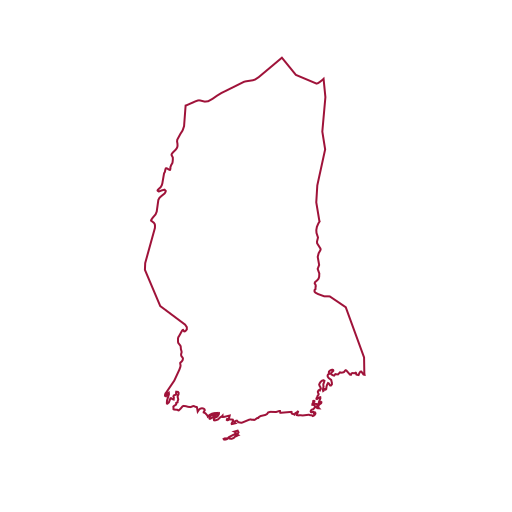 SVG path tracing the border of Västerbotten, rotated 54°
{"feature_id": "SWE-192", "entity_name": "Västerbotten", "entity_type": "County", "adm_level": 1, "iso_a3": "SWE", "parent_name": "Sweden", "parent_adm1": "", "projection": "orthographic", "projection_center": [19.633, 64.883], "detail": "fine", "context": "isolated", "style": "outline", "palette": "rose", "viewbox_px": 512, "rotation_deg": 54, "n_neighbors": 0, "source": "natural_earth", "source_scale": "10m", "svg_char_len": 6136}
<svg xmlns="http://www.w3.org/2000/svg" viewBox="0 0 512 512"><g transform="rotate(54 256 256)"><path d="M92.9,224.5L93.2,223.7L95.3,214.0L96.1,211.4L97.2,209.9L101.0,206.7L102.7,203.7L103.3,198.8L103.4,193.2L103.8,188.2L108.0,163.4L108.6,161.8L112.0,155.2L112.7,153.0L112.9,148.7L110.8,118.5L132.9,117.3L152.1,105.7L152.6,104.3L152.7,102.1L152.6,98.7L152.4,97.2L168.3,106.5L194.3,129.2L210.4,137.4L234.9,164.9L248.0,175.7L264.6,184.0L265.4,184.2L266.3,186.4L268.2,189.6L270.5,192.0L272.9,193.5L277.5,195.0L280.2,198.2L281.7,199.1L287.9,199.5L288.7,199.9L289.2,200.6L290.6,203.7L293.0,206.6L300.4,210.2L302.7,213.7L307.4,215.1L309.9,217.1L311.1,218.7L311.6,220.6L311.9,223.8L312.8,224.7L314.1,224.7L315.5,225.3L315.7,225.7L317.8,227.4L317.9,228.5L318.7,229.3L319.6,229.6L320.7,229.4L323.2,228.2L328.7,224.5L332.0,220.1L350.2,213.5L401.6,228.2L414.4,237.2L415.9,238.0L415.1,238.7L411.4,238.7L410.9,239.5L411.4,241.1L412.6,243.0L411.2,244.3L410.8,244.5L409.5,243.8L409.0,243.9L408.9,244.5L408.7,245.3L407.3,246.9L407.2,247.9L407.9,249.0L407.2,249.7L401.7,250.2L401.1,250.6L401.1,251.4L401.6,252.8L401.4,253.9L400.6,255.5L400.0,256.2L399.5,256.4L400.0,259.2L399.1,260.4L398.2,261.2L398.7,263.1L398.0,263.7L396.4,264.5L395.6,264.6L394.9,264.1L394.6,262.9L394.5,261.7L394.3,260.9L393.6,260.6L392.9,261.0L392.4,262.1L392.2,263.6L392.4,264.9L393.0,265.5L394.4,266.0L394.2,267.5L395.0,268.5L395.8,268.9L397.6,268.9L400.4,268.0L403.3,269.2L404.5,270.1L404.8,271.6L404.2,272.2L401.9,272.0L401.1,272.4L401.9,274.1L402.9,275.5L404.9,277.4L405.0,278.1L404.2,278.2L403.9,278.8L404.1,279.5L404.7,280.3L404.7,281.0L403.5,280.5L401.3,278.1L400.1,277.5L399.2,276.8L398.2,275.2L397.2,274.0L396.2,274.4L395.7,275.8L395.8,277.6L396.4,279.3L397.2,280.5L398.5,280.9L400.0,281.0L401.4,281.5L402.3,283.3L401.5,283.5L401.5,284.5L402.1,285.7L403.0,286.2L404.4,286.4L404.9,286.8L405.5,288.7L406.1,289.3L406.7,290.8L407.2,291.1L407.6,290.8L407.7,290.2L407.6,289.7L407.7,288.4L407.8,287.4L408.0,287.0L408.9,287.5L409.9,288.9L411.0,290.8L411.9,291.7L412.3,289.1L412.7,289.0L413.2,289.5L413.4,289.9L413.4,292.4L414.0,293.6L414.6,294.3L415.4,294.6L416.3,294.5L415.2,295.8L414.5,296.0L413.8,295.7L412.6,293.5L412.2,293.2L410.1,295.3L408.8,296.1L408.2,295.1L408.1,294.4L407.8,294.0L407.4,294.1L407.1,294.4L407.0,295.1L407.9,295.5L408.8,297.3L409.5,297.9L410.5,296.8L412.3,296.5L412.9,296.7L413.1,297.2L413.6,299.7L413.1,301.3L413.3,302.4L413.8,303.1L414.7,303.3L415.1,303.0L415.6,301.5L415.9,301.1L417.8,301.8L417.4,300.3L418.1,300.3L418.6,300.8L419.0,301.8L419.1,303.2L418.8,304.2L417.7,304.4L416.6,305.8L415.5,306.5L412.5,311.9L410.7,313.9L409.9,315.4L408.8,316.4L407.8,315.4L406.9,313.8L406.2,312.9L406.5,314.7L406.3,316.6L406.6,316.9L407.0,318.1L406.2,318.4L404.9,319.5L404.2,319.6L403.5,319.2L403.2,318.9L402.9,319.0L397.3,328.3L397.1,328.5L395.5,327.7L395.1,328.3L394.0,331.5L390.5,336.0L389.7,338.1L390.3,339.9L390.1,341.8L388.2,346.3L388.0,348.2L388.4,349.3L388.3,349.7L387.9,349.9L387.8,350.4L387.8,352.6L387.7,353.6L387.4,354.1L386.8,354.4L386.1,355.6L385.1,356.3L384.4,357.8L382.7,364.9L382.3,365.9L380.1,368.0L378.0,368.2L377.6,368.8L377.4,370.2L377.8,370.9L378.5,371.1L379.2,370.9L378.2,373.4L377.7,374.4L377.2,374.2L376.1,371.8L375.5,371.1L374.7,371.0L372.5,373.6L372.4,374.9L372.0,375.8L371.5,376.0L370.9,375.4L371.4,374.3L371.3,373.3L370.8,372.5L369.6,371.1L367.4,376.4L366.6,377.6L365.5,376.9L365.7,377.8L365.5,379.8L365.9,382.8L365.6,383.9L365.2,385.1L364.7,386.1L364.2,386.5L363.3,386.1L362.8,385.2L362.7,383.9L363.1,382.4L363.1,381.4L362.6,380.0L362.0,378.8L361.4,378.4L361.0,379.9L361.1,386.3L360.7,389.0L360.1,389.2L359.3,388.5L358.7,387.3L358.7,386.1L359.4,383.4L359.6,381.9L359.5,380.7L358.6,382.1L357.7,384.3L357.3,387.0L357.6,389.4L356.5,389.1L353.4,389.4L351.8,390.3L351.3,389.8L350.8,388.3L350.5,388.0L349.6,387.8L348.7,388.1L347.8,388.8L347.1,389.8L346.7,391.2L346.8,392.4L347.6,394.6L343.9,392.8L343.3,392.7L342.6,393.5L340.9,394.5L340.5,395.0L339.8,397.7L338.1,399.6L336.2,401.1L334.6,402.9L334.5,404.0L335.2,406.8L335.5,409.2L335.3,409.6L334.2,410.0L332.1,412.5L331.5,412.8L329.2,411.3L329.1,409.8L329.3,408.7L329.1,407.8L328.0,407.0L328.3,405.5L327.6,405.0L326.3,403.2L323.9,402.2L323.2,401.5L322.3,399.9L321.2,399.0L320.1,399.0L318.9,400.3L319.9,401.3L321.2,401.8L320.5,404.5L321.1,405.4L322.3,405.7L323.7,407.0L322.4,407.9L321.0,408.3L320.8,408.8L323.2,412.5L323.3,413.3L323.4,414.5L323.0,414.8L322.1,414.2L320.5,412.8L316.6,407.6L315.3,406.9L315.3,407.8L316.6,411.3L315.6,411.8L314.6,410.9L313.9,409.9L313.8,409.2L308.8,395.4L302.9,384.8L301.4,382.6L300.4,381.5L298.1,380.3L297.8,379.9L297.7,378.2L297.2,376.7L296.2,375.5L295.2,375.1L293.4,375.2L292.5,375.0L291.4,374.3L290.3,372.9L289.4,372.3L287.2,371.5L284.9,370.1L284.2,369.9L280.7,370.0L279.7,369.6L277.0,367.7L276.3,366.9L275.9,366.3L275.6,365.4L272.9,359.6L272.8,358.7L272.9,358.4L274.6,358.5L275.0,358.2L275.2,357.6L275.1,356.5L274.7,355.1L272.9,353.8L269.9,353.7L240.2,362.9L201.9,354.0L196.6,349.8L173.9,321.3L172.1,319.9L170.8,319.2L169.1,319.1L165.7,320.1L165.1,319.3L164.3,317.0L163.3,312.8L161.7,310.2L153.2,302.0L152.2,299.9L151.9,297.5L151.7,293.3L151.3,292.1L150.4,290.8L148.6,291.0L147.5,293.8L146.7,296.7L145.5,297.2L145.1,297.1L144.8,296.6L144.5,294.7L144.3,292.8L144.1,292.3L143.4,290.7L142.2,289.1L135.1,281.8L134.4,280.3L132.7,278.4L132.1,277.5L132.5,276.7L135.4,275.4L135.8,275.0L135.7,274.7L134.9,273.8L133.8,273.0L132.5,271.0L131.7,269.1L130.9,268.2L129.1,266.6L127.4,265.4L124.8,265.0L124.3,264.7L123.9,264.1L123.4,262.5L122.8,258.6L122.3,256.9L121.5,255.5L120.7,254.7L119.1,253.6L116.9,252.5L115.6,251.3L112.6,245.0L111.6,242.3L110.9,241.0L108.7,237.9L92.9,224.5ZM387.8,378.4L388.6,377.7L390.0,375.9L390.5,375.7L390.2,376.7L390.3,377.2L390.3,377.6L390.0,378.1L389.8,378.9L390.1,380.7L389.9,382.0L389.5,383.3L388.1,384.8L387.5,384.7L386.8,385.5L386.6,384.4L387.4,379.2L387.8,378.4ZM385.4,376.6L386.5,373.5L388.4,373.8L389.2,375.9L387.0,378.0L387.4,377.3L387.0,376.2L386.5,375.9L385.4,376.6ZM387.1,387.0L386.8,388.0L386.4,388.9L385.8,389.7L385.0,389.7L385.1,388.7L386.8,386.2L387.0,386.3L387.1,387.0Z" fill="none" stroke="#9f1239" stroke-width="2"/></g></svg>